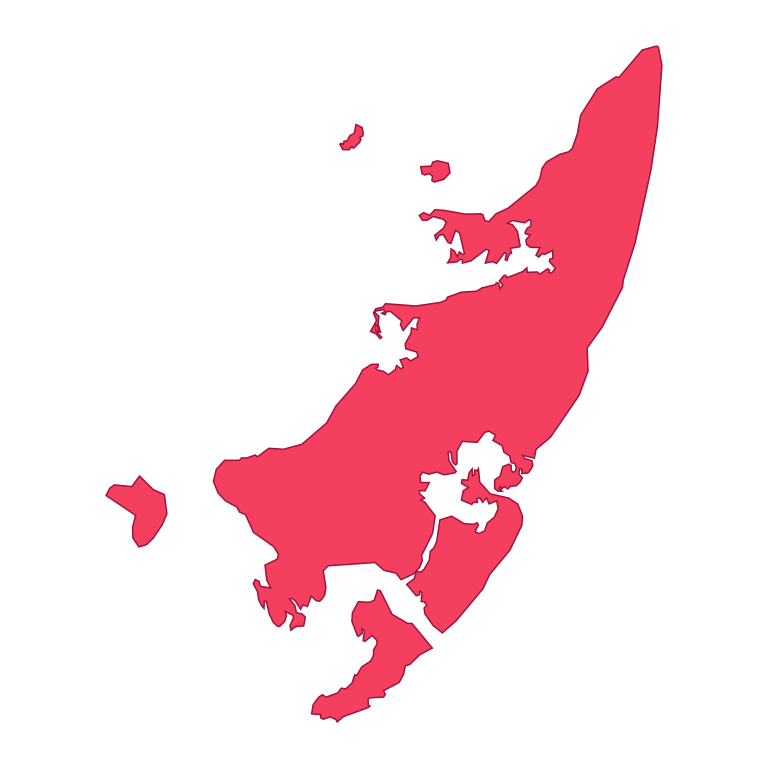 Mafia, Pwani, United Republic of Tanzania (Mercator projection)
{"feature_id": "72390352B74532147136856", "entity_name": "Mafia", "entity_type": "district", "adm_level": 2, "iso_a3": "TZA", "parent_name": "United Republic of Tanzania", "parent_adm1": "Pwani", "projection": "mercator", "projection_center": [39.736, -7.86], "detail": "fine", "context": "isolated", "style": "filled", "palette": "rose", "viewbox_px": 768, "rotation_deg": 0, "n_neighbors": 0, "source": "geoboundaries", "source_scale": "gbopen_adm2", "svg_char_len": 6130}
<svg xmlns="http://www.w3.org/2000/svg" viewBox="0 0 768 768"><path d="M657.5,126.0L661.9,65.4L658.4,47.1L656.5,46.1L642.2,50.0L618.8,77.6L616.1,76.8L597.4,88.8L580.6,115.4L577.4,133.7L572.2,148.5L568.7,151.8L559.5,154.4L546.4,162.0L542.1,168.3L539.8,178.7L535.8,185.7L508.2,208.1L496.0,213.8L488.7,221.7L484.9,220.5L482.8,214.7L480.7,213.8L464.8,214.1L445.3,210.5L434.9,209.7L429.7,215.3L423.5,212.6L419.3,215.4L422.3,220.2L427.2,220.2L433.0,216.5L443.2,219.2L446.2,222.5L443.5,228.2L434.6,235.4L436.3,240.0L439.1,235.5L443.0,234.3L448.0,242.4L450.8,243.6L455.6,230.4L459.6,233.0L464.4,253.7L462.9,254.6L459.3,251.9L457.5,256.8L454.4,251.0L451.1,248.9L450.7,257.6L447.6,262.8L456.8,261.9L460.5,259.1L462.3,259.7L462.4,263.1L471.0,260.9L486.2,249.2L489.2,250.5L485.3,263.1L492.7,261.6L496.5,263.4L504.6,252.6L506.4,253.4L505.2,259.8L507.0,260.6L509.1,254.4L511.5,253.2L510.4,248.3L519.8,246.8L520.1,245.4L517.4,231.3L512.4,224.6L507.4,223.2L512.4,220.5L524.8,222.8L529.4,219.5L531.2,221.7L530.6,226.2L527.1,228.2L525.3,231.9L525.1,233.6L530.2,235.2L525.9,239.9L526.6,244.5L530.3,247.4L539.8,247.5L536.0,255.2L538.8,257.1L542.1,253.5L544.9,254.4L552.6,250.4L552.9,258.2L549.7,259.2L549.4,261.6L555.3,268.2L551.6,273.2L548.9,272.4L549.7,270.2L547.7,268.7L539.8,274.2L537.3,272.0L527.2,272.3L526.9,267.9L522.5,271.7L510.0,276.5L506.6,277.5L505.8,275.3L503.9,275.4L499.3,281.0L502.8,285.0L500.0,288.9L498.7,283.1L496.3,282.8L495.4,284.7L482.0,287.9L476.5,291.2L461.2,292.2L447.4,297.2L446.3,300.0L440.5,302.4L415.9,306.0L385.5,303.7L382.8,307.1L375.8,308.8L373.4,313.0L376.6,320.3L370.5,331.4L376.2,334.0L380.1,338.6L381.7,337.4L376.1,331.1L375.8,324.7L377.9,326.3L377.9,331.6L380.5,332.3L378.2,324.0L378.9,316.1L375.0,312.8L375.6,311.1L383.9,309.5L384.5,312.0L381.7,313.2L385.1,314.7L386.5,311.6L390.6,311.5L401.8,320.8L400.4,324.6L403.1,330.5L413.8,317.7L419.6,318.0L417.0,324.3L417.4,329.8L411.4,327.9L411.0,333.2L405.1,344.0L405.8,348.8L416.7,352.0L418.1,356.5L410.7,360.9L406.6,357.9L400.1,359.9L403.2,367.2L401.1,368.8L396.6,365.5L395.5,369.4L388.4,374.8L383.4,371.3L377.3,370.0L375.6,368.2L378.0,366.8L378.2,364.2L371.3,364.4L362.6,370.0L355.6,383.5L335.9,406.1L326.7,422.9L301.8,444.3L283.4,449.3L268.9,448.3L257.4,456.8L255.3,455.0L246.7,458.0L241.5,457.9L239.5,460.3L224.6,460.3L216.3,469.3L213.4,481.4L218.0,492.9L225.6,500.9L236.9,507.1L239.6,512.2L245.4,514.4L253.5,532.3L273.8,546.7L278.5,554.5L277.2,559.2L265.0,565.1L266.8,580.2L270.7,587.9L260.3,586.3L259.1,581.4L255.2,579.5L253.2,583.8L257.5,591.6L258.6,599.5L261.8,606.0L264.0,608.4L264.3,601.2L266.3,601.2L269.4,614.3L273.3,622.4L277.3,626.1L279.5,626.5L284.6,621.5L286.5,615.5L285.1,611.4L292.6,615.0L293.6,617.4L290.0,625.6L290.9,630.2L295.8,626.6L303.7,625.9L305.4,617.1L302.0,614.0L296.4,612.6L294.9,605.6L289.5,598.8L292.0,598.4L295.4,601.0L300.5,609.2L302.9,604.9L307.4,606.5L311.3,596.1L316.2,600.7L319.6,601.2L321.8,599.3L324.7,594.9L325.9,587.3L323.2,570.9L328.1,565.8L375.1,562.5L383.9,570.3L396.1,573.2L401.1,579.7L413.6,573.8L419.7,567.3L422.3,560.6L421.5,555.6L432.5,533.5L435.2,515.9L425.0,502.3L420.9,500.0L424.7,498.2L419.7,493.8L419.4,490.6L425.0,490.9L429.3,482.6L420.6,482.4L420.0,476.2L422.7,472.2L428.7,474.2L436.8,472.1L444.2,474.8L455.1,472.8L456.2,471.4L449.1,461.1L448.1,452.3L449.6,451.3L451.2,453.3L452.4,461.7L455.5,464.9L457.0,463.7L456.9,451.2L462.2,441.4L477.2,442.3L484.7,432.4L489.0,431.1L495.6,435.2L492.9,440.4L502.0,445.6L504.0,452.3L509.7,455.9L511.1,462.7L514.6,463.4L516.4,467.5L515.1,471.5L513.1,472.2L511.1,470.1L511.2,465.5L508.9,464.1L502.8,466.6L500.0,476.3L494.7,479.9L494.7,488.6L498.1,491.2L502.1,491.2L499.1,488.4L500.2,486.8L501.8,488.8L504.2,486.6L507.8,489.0L510.5,486.2L516.2,485.8L520.3,481.9L522.3,477.7L518.8,474.1L519.8,468.8L521.7,468.9L521.9,473.6L527.9,473.0L530.5,470.1L532.8,465.6L531.9,460.7L524.7,458.6L522.6,455.3L534.3,458.2L536.1,449.3L550.5,437.2L579.1,395.4L588.1,370.8L587.1,348.0L602.1,327.2L622.5,287.4L623.2,280.2L635.1,242.9L651.0,169.5L657.5,126.0ZM479.8,482.3L478.4,468.6L477.0,470.8L474.8,470.0L474.5,474.5L472.6,476.1L472.1,468.9L469.1,473.0L467.7,480.2L462.1,479.6L461.4,483.4L468.4,487.6L463.2,490.7L461.4,500.1L471.7,504.4L473.9,502.1L477.5,502.5L476.8,499.0L479.8,497.7L482.6,502.3L486.5,497.9L489.1,503.9L496.8,500.8L498.1,508.8L494.3,517.3L487.3,523.0L484.6,530.9L479.4,533.6L475.1,531.7L478.4,524.7L477.1,522.8L473.5,524.3L464.0,523.6L451.7,516.2L439.9,519.9L436.7,541.5L433.9,548.0L430.3,551.3L429.3,560.1L424.3,569.0L420.9,572.1L416.4,571.4L414.2,578.7L406.7,584.4L416.2,595.7L419.6,594.7L419.9,591.1L422.0,592.6L421.2,601.5L424.1,601.7L426.8,605.1L424.1,608.1L424.9,613.9L433.2,625.6L442.4,632.9L456.4,620.5L483.0,588.7L489.6,574.6L510.0,550.0L521.8,525.4L522.5,516.0L517.8,504.1L508.8,498.1L490.3,493.9L479.8,482.3ZM392.0,614.2L380.3,590.7L377.5,590.0L374.3,600.3L369.3,602.3L358.4,601.7L352.4,612.8L351.9,621.4L357.3,635.6L358.5,636.4L362.2,633.3L362.0,628.8L364.4,630.9L363.1,640.7L365.2,641.2L372.0,635.5L376.8,640.3L377.1,644.1L373.6,649.7L373.4,655.8L370.6,661.1L361.7,667.0L356.8,675.3L354.7,674.8L352.0,683.1L345.7,688.9L341.2,688.2L337.8,692.8L326.0,697.2L322.4,694.7L318.8,697.1L313.2,704.5L311.6,713.9L320.6,714.5L320.9,718.0L323.3,719.2L330.1,716.9L335.9,719.5L337.1,721.9L343.6,716.5L368.5,707.4L369.9,706.1L368.3,705.3L368.1,699.6L369.6,697.9L383.4,697.1L385.4,694.4L383.5,690.8L399.2,682.3L403.4,674.6L405.4,665.7L409.6,664.6L419.9,654.6L432.3,648.1L412.0,623.5L407.4,623.3L392.0,614.2ZM153.2,489.6L139.6,476.0L131.8,486.6L114.3,484.9L109.8,488.2L106.1,495.5L135.6,515.3L132.6,527.1L132.9,538.0L138.9,546.9L146.4,544.7L153.1,538.3L162.4,524.5L166.9,513.8L164.4,494.6L153.2,489.6ZM437.4,160.8L432.9,162.0L431.1,166.2L420.7,166.6L422.0,173.7L424.8,175.0L429.1,173.6L432.5,176.0L431.9,180.6L434.3,182.0L443.7,179.4L450.0,172.8L448.3,163.3L437.4,160.8ZM362.0,127.4L356.0,124.5L354.2,133.4L350.1,135.4L347.0,141.0L344.1,141.1L343.4,144.5L341.7,143.4L341.5,143.9L340.9,143.5L339.8,144.1L342.8,149.6L349.0,149.8L351.5,146.7L353.6,148.2L359.5,142.4L360.9,139.7L359.8,137.4L362.9,135.8L363.2,132.6L362.0,127.4Z" fill="#f43f5e" stroke="#9f1239" stroke-width="1.5"/></svg>